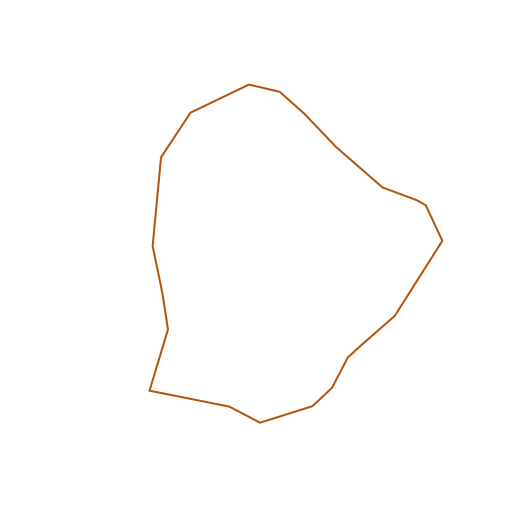 outline of Xalzan, Sühbaatar, Mongolia, rotated 323°
{"feature_id": "93677404B22998636655266", "entity_name": "Xalzan", "entity_type": "district", "adm_level": 2, "iso_a3": "MNG", "parent_name": "Mongolia", "parent_adm1": "Sühbaatar", "projection": "orthographic", "projection_center": [113.029, 46.302], "detail": "fine", "context": "isolated", "style": "outline", "palette": "amber", "viewbox_px": 512, "rotation_deg": 323, "n_neighbors": 0, "source": "geoboundaries", "source_scale": "gbopen_adm2", "svg_char_len": 441}
<svg xmlns="http://www.w3.org/2000/svg" viewBox="0 0 512 512"><g transform="rotate(323 256 256)"><path d="M373.7,139.1L353.4,114.8L290.0,102.1L239.5,120.1L179.4,185.9L163.1,220.5L158.3,230.4L141.5,261.7L89.9,299.5L144.0,360.2L158.9,391.5L210.7,409.9L237.4,407.0L268.5,392.2L286.3,390.6L330.9,387.3L414.0,356.0L422.1,317.6L418.0,308.2L398.3,277.4L385.6,217.5L380.2,171.4L373.7,139.1Z" fill="none" stroke="#b45309" stroke-width="2"/></g></svg>